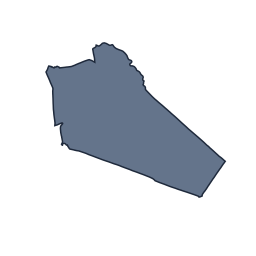 Chau Thanh, An Giang, Vietnam, rotated 220°
{"feature_id": "81297802B33105171569216", "entity_name": "Chau Thanh", "entity_type": "district", "adm_level": 2, "iso_a3": "VNM", "parent_name": "Vietnam", "parent_adm1": "An Giang", "projection": "albers", "projection_center": [105.281, 10.427], "detail": "fine", "context": "isolated", "style": "filled", "palette": "slate", "viewbox_px": 256, "rotation_deg": 220, "n_neighbors": 0, "source": "geoboundaries", "source_scale": "gbopen_adm2", "svg_char_len": 5738}
<svg xmlns="http://www.w3.org/2000/svg" viewBox="0 0 256 256"><g transform="rotate(220 128 128)"><path d="M29.1,120.8L28.3,121.9L27.5,123.6L27.8,123.9L28.1,124.3L28.1,124.5L28.3,125.0L28.5,125.7L28.5,126.3L28.5,126.6L28.6,127.2L28.6,128.0L28.7,128.5L28.6,128.9L28.7,130.0L28.8,130.8L28.8,131.5L29.0,132.8L29.0,133.0L29.1,133.8L29.3,134.5L29.3,134.9L29.3,135.4L29.3,135.8L29.4,136.2L29.5,136.8L29.5,137.1L29.8,139.9L29.9,140.8L30.1,142.6L30.2,143.5L30.3,145.4L30.4,146.3L30.5,147.1L30.5,147.3L30.6,147.9L30.8,149.8L31.3,155.3L31.4,157.2L31.7,159.8L31.9,161.9L31.9,162.6L32.1,165.0L33.8,165.0L36.0,165.1L37.7,165.1L40.4,164.9L40.9,165.0L41.6,165.0L43.1,165.1L43.6,165.1L45.8,165.2L47.9,165.3L50.9,165.4L52.4,165.4L53.3,165.5L54.2,165.6L55.3,165.6L56.5,165.5L59.4,165.7L60.9,165.8L64.0,165.9L68.6,166.0L70.1,166.0L77.9,166.1L81.0,166.1L84.1,166.3L90.3,166.5L96.5,166.8L98.7,166.9L99.1,166.9L104.5,167.0L106.0,167.1L107.5,167.1L110.5,167.2L112.0,167.2L115.0,167.3L119.6,167.3L121.0,167.3L123.5,167.4L126.3,167.4L127.9,167.5L129.6,167.6L138.0,168.5L139.1,168.7L139.4,168.8L139.6,168.9L139.8,169.1L140.0,169.4L140.3,169.8L140.6,170.1L141.3,170.5L141.5,170.6L141.8,170.7L142.0,170.7L143.0,170.6L143.4,170.5L143.6,170.6L144.1,170.8L144.4,171.0L144.4,171.3L144.5,171.7L144.7,172.1L145.0,172.4L145.1,172.6L145.3,172.9L145.5,173.2L145.7,173.4L145.7,173.6L145.9,173.9L145.9,174.2L146.1,174.3L146.4,174.4L146.6,174.4L146.8,174.3L147.0,174.2L147.3,174.2L147.7,174.4L147.9,174.6L148.3,175.1L148.6,175.6L148.6,176.0L148.8,176.3L148.9,176.5L149.2,176.8L149.8,177.2L150.4,177.3L150.9,177.3L151.7,177.3L152.6,177.4L152.9,177.5L153.3,177.6L153.6,177.8L154.5,178.1L155.4,178.3L156.0,178.2L156.6,178.2L157.2,178.0L157.7,177.9L158.0,177.8L158.4,177.8L158.6,177.9L159.4,178.3L160.3,178.7L160.5,178.7L160.9,178.8L161.3,178.9L162.0,179.0L162.6,179.0L163.3,178.9L163.8,178.7L164.7,178.3L164.9,178.2L165.1,178.0L165.2,177.9L165.4,177.7L165.8,177.4L166.4,177.3L166.6,177.4L167.0,177.5L167.4,177.7L167.6,177.9L167.7,178.1L167.8,178.3L167.7,178.6L167.5,179.3L167.5,179.8L167.5,180.1L167.5,180.7L167.6,181.1L167.8,181.3L168.2,181.5L168.5,181.7L168.8,181.7L169.1,181.7L169.4,181.6L169.8,181.5L170.3,181.3L170.7,181.1L171.3,181.0L171.7,181.0L172.1,181.1L172.7,181.3L173.1,181.5L174.2,182.1L174.6,182.3L175.0,182.6L175.6,182.8L176.7,183.1L177.3,183.2L178.0,183.3L178.5,183.4L180.8,183.5L181.2,183.5L182.1,183.3L182.7,183.1L183.6,182.8L184.1,182.6L184.9,182.3L185.7,182.0L187.1,181.6L187.7,181.4L188.2,181.3L188.9,181.2L189.7,181.2L190.4,181.2L191.1,181.3L191.8,181.5L192.4,181.7L192.9,181.8L193.2,181.8L193.6,181.7L193.8,181.5L194.0,181.1L194.4,180.5L194.8,179.9L195.2,179.6L195.5,179.5L195.8,179.4L198.0,179.0L199.2,178.7L200.1,178.3L200.8,178.0L201.1,177.7L201.8,176.8L202.0,176.5L202.1,176.3L202.1,175.9L202.2,174.8L202.4,173.8L202.5,173.2L202.6,172.7L202.9,172.3L203.3,171.8L203.8,171.6L204.1,171.5L204.6,171.4L204.9,171.4L205.2,171.3L205.7,171.0L205.6,170.8L205.0,170.2L204.9,169.9L204.9,169.5L204.9,169.2L205.1,168.3L205.3,167.8L205.5,167.3L205.7,166.9L205.8,166.7L205.8,166.4L205.8,166.1L205.8,165.9L205.6,165.7L205.4,165.4L205.0,165.2L204.7,164.9L201.9,162.5L201.6,162.3L200.9,161.8L199.9,161.0L199.1,160.4L198.2,159.6L195.7,157.0L199.4,156.3L200.0,156.0L201.5,155.5L201.7,155.3L202.4,154.4L204.4,151.1L204.7,150.5L205.5,149.0L206.2,147.6L206.7,146.7L207.1,146.0L208.7,142.9L208.8,142.5L210.9,138.7L213.1,136.3L214.4,135.0L215.1,134.2L219.1,130.0L219.3,130.0L219.5,130.2L219.6,130.3L219.8,130.3L220.5,130.1L221.4,129.9L221.6,129.8L221.9,129.7L222.0,129.5L222.2,129.3L222.3,129.1L222.4,128.8L222.4,128.6L222.3,128.3L222.4,128.2L222.6,128.0L222.8,127.9L223.0,127.8L223.3,127.7L223.4,127.3L223.4,127.0L223.3,126.5L223.9,126.3L224.1,126.2L224.4,126.2L224.6,126.2L225.6,125.7L225.8,125.6L225.9,125.9L226.8,125.5L227.9,124.9L228.5,124.6L228.2,123.3L227.5,121.6L227.3,120.9L227.1,120.0L227.0,119.5L226.9,118.8L226.8,118.2L225.5,117.5L223.8,116.6L221.3,115.4L218.3,113.9L216.9,113.1L213.4,111.4L211.8,110.6L211.2,110.2L210.8,109.9L210.5,109.5L210.1,109.0L209.6,108.2L209.3,107.8L208.4,106.8L207.9,106.2L206.3,104.5L205.5,103.6L204.3,102.3L201.2,98.8L199.8,97.3L198.1,95.4L197.0,94.2L195.6,92.9L193.2,90.5L190.8,88.3L188.9,86.6L187.1,84.9L186.0,83.4L185.6,82.8L185.1,83.6L184.5,84.5L184.1,85.1L183.8,85.8L182.8,87.8L182.1,89.0L181.9,89.4L181.7,89.5L181.4,89.6L181.2,89.6L180.9,89.4L180.8,89.1L180.8,88.8L180.8,87.6L180.8,86.9L180.8,86.6L180.7,86.1L180.5,85.7L180.3,85.3L179.3,84.0L178.0,82.7L177.1,81.8L176.7,81.4L176.1,80.9L175.7,80.6L174.5,79.6L173.1,78.6L172.6,78.1L171.8,77.5L171.3,77.1L170.9,76.7L170.2,76.2L169.6,75.7L169.2,75.2L169.0,74.7L168.8,74.4L168.7,74.0L168.6,73.5L168.5,72.9L168.1,72.9L167.7,72.7L167.4,72.5L167.2,72.6L167.2,73.0L167.3,73.1L167.6,73.3L167.8,73.6L167.9,73.9L167.9,74.1L167.4,74.8L167.0,75.2L166.7,75.3L166.4,75.5L166.1,75.6L165.7,75.6L165.4,75.6L164.7,75.4L164.4,75.4L164.2,75.4L163.9,75.5L163.5,76.0L163.2,75.9L162.9,75.7L162.5,75.4L162.3,75.3L161.9,75.2L161.4,75.1L160.6,74.8L159.6,74.5L159.0,74.5L155.6,76.3L154.7,76.7L153.1,77.5L151.8,78.3L151.2,78.7L150.0,79.2L148.7,79.7L145.9,80.8L143.8,81.6L141.0,82.4L138.3,83.4L127.4,87.2L124.5,88.3L121.0,89.7L115.7,91.6L113.1,92.7L110.4,93.7L107.8,94.5L106.7,94.9L103.3,96.1L100.3,97.2L97.4,98.1L97.1,98.2L93.2,99.7L88.9,101.2L87.3,101.8L85.0,102.6L82.5,103.4L80.2,104.2L76.8,105.1L75.7,105.2L74.3,105.2L74.0,105.1L73.8,105.1L73.6,105.0L73.1,105.1L71.6,105.6L68.8,106.5L63.9,108.3L60.9,109.3L60.1,109.6L59.1,109.9L56.7,110.8L54.2,111.8L53.2,112.2L51.5,112.8L49.1,113.7L47.2,114.5L46.1,114.9L43.4,116.0L41.7,116.7L40.9,117.0L38.6,117.9L36.5,118.7L35.0,119.3L32.0,120.4L31.0,120.7L30.6,120.9L29.5,121.0L29.2,121.0L29.2,120.9L29.1,120.8Z" fill="#64748b" stroke="#1e293b" stroke-width="1.5"/></g></svg>